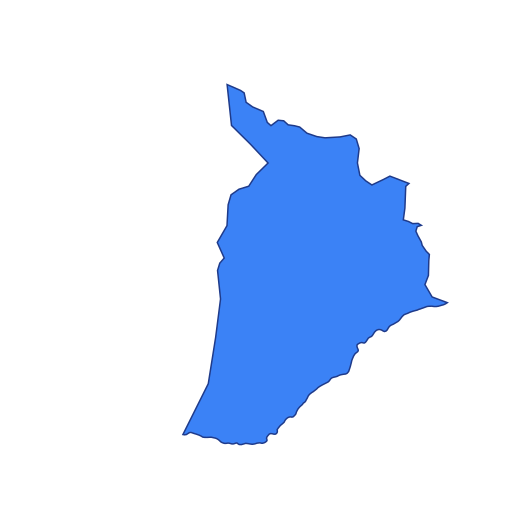 outline of Zangba, Basse-Kotto, Central African Republic, rotated 323°
{"feature_id": "33826404B2530322918847", "entity_name": "Zangba", "entity_type": "district", "adm_level": 2, "iso_a3": "CAF", "parent_name": "Central African Republic", "parent_adm1": "Basse-Kotto", "projection": "mercator", "projection_center": [20.794, 4.708], "detail": "fine", "context": "isolated", "style": "filled", "palette": "blue", "viewbox_px": 512, "rotation_deg": 323, "n_neighbors": 0, "source": "geoboundaries", "source_scale": "gbopen_adm2", "svg_char_len": 3116}
<svg xmlns="http://www.w3.org/2000/svg" viewBox="0 0 512 512"><g transform="rotate(323 256 256)"><path d="M421.8,290.1L411.0,272.8L403.0,271.4L391.3,269.0L388.9,262.1L387.5,254.1L393.0,242.7L403.0,232.3L406.5,222.9L404.1,216.0L394.8,211.5L382.3,203.2L376.5,197.3L370.6,188.6L368.5,179.3L365.1,175.1L360.6,170.6L359.5,164.7L355.4,160.9L346.4,160.9L345.4,156.1L348.8,145.0L343.0,134.9L340.6,127.3L344.7,118.6L343.3,114.5L336.1,101.7L315.0,137.0L318.8,163.0L321.6,189.0L305.3,191.1L292.2,195.9L282.6,192.4L272.9,192.1L264.6,198.3L251.1,214.3L233.2,221.9L229.4,238.5L222.8,239.9L216.6,244.4L201.8,269.0L174.8,296.7L141.0,329.3L90.2,354.6L91.3,355.8L93.0,356.7L96.0,356.9L97.2,357.3L98.0,357.9L99.6,360.3L101.3,362.6L102.8,364.9L103.7,366.6L104.5,368.6L105.9,370.0L108.0,371.6L109.8,372.8L111.2,373.8L114.1,377.2L114.9,378.6L115.5,380.2L116.1,383.5L116.8,384.9L117.9,386.5L119.1,387.5L120.8,388.4L121.8,389.2L122.6,390.2L123.5,391.4L124.6,392.3L125.7,392.8L127.0,393.2L127.9,393.6L128.4,394.2L128.6,395.2L129.1,396.4L130.8,397.8L133.1,398.7L135.0,399.4L136.8,401.1L138.1,402.5L139.7,404.1L141.9,405.3L144.2,406.1L146.8,407.6L147.1,408.1L147.7,408.8L148.4,409.4L149.8,410.0L151.1,410.3L152.5,410.3L153.6,410.1L154.4,408.9L154.7,407.9L155.6,407.2L157.0,406.7L159.4,406.2L160.6,406.5L161.8,407.5L163.2,409.2L164.2,409.9L165.5,410.1L166.8,409.6L167.7,408.7L168.4,407.4L170.2,406.8L173.4,406.0L176.0,405.9L178.3,405.7L180.4,404.7L182.1,404.3L184.0,404.2L185.8,404.7L186.9,405.4L187.7,406.3L189.0,406.8L190.6,406.6L192.3,406.3L193.2,405.8L194.4,404.9L195.6,404.3L197.6,403.4L200.1,402.8L203.8,402.5L204.8,402.1L205.7,401.9L206.4,402.1L207.3,402.0L208.2,401.8L209.6,401.1L211.5,400.3L213.3,399.3L215.3,398.7L218.2,398.6L220.1,398.8L224.4,398.7L226.3,398.4L228.6,398.5L231.6,398.9L237.8,400.0L239.5,399.8L240.6,399.4L242.0,399.0L243.3,399.0L244.9,399.5L246.9,400.4L248.5,401.0L249.3,401.1L250.4,401.3L251.8,401.7L252.9,402.2L254.9,403.2L256.6,404.2L258.2,404.5L260.5,404.0L263.1,402.2L264.8,401.0L268.2,398.3L269.6,397.1L271.5,395.9L274.0,394.5L276.3,393.7L277.9,393.6L279.5,393.6L280.6,393.2L281.2,392.3L281.7,390.3L282.4,388.6L283.5,387.7L284.5,387.7L286.5,387.9L287.5,388.3L288.5,388.8L289.3,389.9L290.2,390.7L291.4,390.8L292.9,390.4L294.9,389.7L296.2,389.2L296.7,389.2L297.9,389.3L299.6,389.7L300.9,389.6L305.0,388.1L307.4,387.8L309.3,388.3L310.6,389.2L311.7,390.6L312.3,392.2L313.1,393.6L314.7,394.2L316.3,394.0L318.1,393.2L320.2,392.5L322.1,392.5L324.7,393.1L330.0,393.7L332.0,393.5L336.3,392.3L338.8,392.0L340.5,392.4L342.8,393.1L344.9,393.5L346.8,394.1L348.5,394.7L350.7,395.6L352.1,396.2L353.0,396.4L354.2,396.7L355.4,397.2L356.6,397.5L358.0,398.0L359.4,398.4L360.7,398.8L362.1,399.2L363.7,400.1L365.8,401.6L366.2,401.9L367.9,403.6L369.5,404.8L371.5,405.9L373.7,406.7L374.7,407.1L376.2,407.7L377.7,408.1L379.0,408.3L380.7,408.4L372.0,394.7L373.7,380.5L382.0,375.3L391.3,363.6L395.4,359.1L394.8,354.6L395.1,347.6L396.5,344.2L397.5,337.2L398.6,332.4L402.4,329.6L406.5,331.0L405.1,327.5L400.6,324.4L398.6,320.3L395.4,315.8L403.7,307.4L417.5,290.5L421.8,290.1Z" fill="#3b82f6" stroke="#1e3a8a" stroke-width="1.5"/></g></svg>